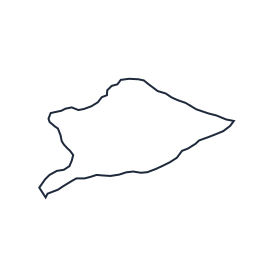 the district of Agios Georgios Ammochostou, Cyprus, rotated 342°
{"feature_id": "46923920B20670764204994", "entity_name": "Agios Georgios Ammochostou", "entity_type": "district", "adm_level": 2, "iso_a3": "CYP", "parent_name": "Cyprus", "parent_adm1": "", "projection": "natural_earth1", "projection_center": [33.864, 35.255], "detail": "fine", "context": "isolated", "style": "outline", "palette": "slate", "viewbox_px": 256, "rotation_deg": 342, "n_neighbors": 0, "source": "geoboundaries", "source_scale": "gbopen_adm2", "svg_char_len": 1010}
<svg xmlns="http://www.w3.org/2000/svg" viewBox="0 0 256 256"><g transform="rotate(342 128 128)"><path d="M59.1,89.9L55.3,94.5L55.3,98.1L58.8,103.7L61.2,106.9L61.6,114.0L60.9,120.0L61.9,123.9L64.0,128.5L65.8,131.7L67.5,136.7L64.7,141.3L60.5,146.2L54.1,147.9L47.0,146.8L38.8,148.4L33.3,151.2L25.2,157.3L28.2,168.6L31.2,165.6L42.6,165.0L48.1,163.4L57.3,161.2L63.3,160.0L71.0,162.5L77.6,162.9L83.6,162.9L88.5,165.0L96.5,168.2L105.2,169.6L112.6,169.6L119.5,171.0L126.5,174.6L132.8,176.0L139.0,175.7L141.5,175.6L149.9,174.6L157.3,173.5L165.3,171.4L172.3,166.4L178.6,166.1L187.3,163.9L191.8,161.8L201.6,161.5L208.6,161.1L217.7,160.4L225.7,157.6L230.8,154.0L223.8,150.1L216.1,143.5L209.0,139.0L198.7,131.3L190.5,121.9L183.9,116.9L179.0,112.5L174.6,106.9L167.6,102.0L161.0,92.6L157.7,87.6L152.8,84.8L144.1,81.5L136.0,80.0L131.4,83.2L125.5,82.9L119.9,85.7L118.1,90.3L112.6,90.6L107.3,94.2L100.0,96.0L92.0,96.3L86.4,95.6L80.8,91.0L74.5,90.3L70.0,91.0L59.1,89.9Z" fill="none" stroke="#1e293b" stroke-width="2"/></g></svg>